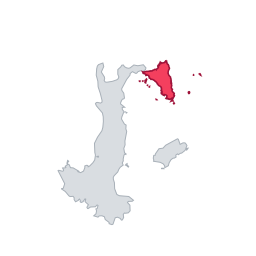 Sicilia, Enna, Italy (highlighted), rotated 231°
{"feature_id": "23120603B91569774900330", "entity_name": "Sicilia", "entity_type": "district", "adm_level": 2, "iso_a3": "ITA", "parent_name": "Italy", "parent_adm1": "Enna", "projection": "albers", "projection_center": [13.963, 37.152], "detail": "fine", "context": "in_parent", "style": "filled", "palette": "rose", "viewbox_px": 256, "rotation_deg": 231, "n_neighbors": 0, "source": "geoboundaries", "source_scale": "gbopen_adm2", "svg_char_len": 8647}
<svg xmlns="http://www.w3.org/2000/svg" viewBox="0 0 256 256"><g transform="rotate(231 128 128)"><path d="M65.5,53.1L66.6,53.9L71.2,52.7L73.9,53.8L76.2,52.5L77.8,50.3L77.6,48.6L81.3,46.1L81.5,49.2L83.4,51.4L85.3,52.1L84.8,53.3L86.6,55.9L87.4,55.7L87.7,55.3L87.3,53.1L90.2,49.1L90.5,46.2L91.0,45.9L92.3,46.2L93.3,48.9L97.8,48.3L99.3,50.4L100.0,50.0L99.0,46.5L99.6,44.7L100.8,44.4L101.6,45.3L103.3,45.6L103.4,44.5L103.0,43.8L103.7,40.8L106.3,41.1L107.7,42.3L109.5,42.3L111.1,39.9L112.3,39.4L118.1,39.3L122.4,38.0L122.7,38.3L121.9,39.4L122.2,40.2L124.6,43.8L138.9,46.8L138.7,47.6L135.6,49.9L135.4,50.7L135.8,51.5L138.1,52.0L136.5,54.2L136.5,55.0L137.8,55.1L137.6,57.7L139.1,58.4L140.8,60.7L139.1,61.1L139.8,60.5L138.1,58.3L136.3,59.2L133.4,58.3L131.5,60.3L124.8,62.8L126.0,61.7L125.5,61.6L123.1,63.1L122.5,66.3L124.3,69.4L125.7,70.6L125.0,72.5L124.1,73.2L122.9,72.6L122.6,74.3L123.1,78.9L124.1,82.0L127.4,85.6L129.8,86.8L137.2,92.3L140.0,98.4L142.3,106.0L144.3,108.8L148.5,112.9L152.3,115.8L155.8,117.6L165.1,117.4L167.4,118.0L167.7,119.3L167.3,120.2L164.6,122.4L164.5,124.1L165.8,125.2L172.2,128.2L178.8,130.7L183.3,134.0L189.1,136.6L193.7,140.9L195.4,143.1L195.8,144.9L194.8,148.1L194.3,149.4L191.0,147.8L188.3,142.5L182.6,141.8L181.0,140.9L180.0,139.4L178.2,139.2L177.0,140.2L174.1,145.2L172.5,149.6L172.5,151.4L173.4,153.0L176.2,153.9L179.8,156.9L180.0,160.7L180.7,162.8L179.8,164.1L178.0,163.8L175.7,164.7L174.0,166.1L173.4,167.5L173.3,172.2L170.2,174.8L167.5,179.7L163.4,179.8L162.4,178.3L162.4,176.1L163.1,174.8L164.5,174.1L165.5,171.3L165.1,169.2L165.7,168.3L169.0,166.9L169.0,164.0L167.8,162.8L166.6,157.6L162.5,147.8L161.2,146.9L157.7,146.6L153.5,144.1L153.3,143.0L153.9,141.9L153.5,140.5L152.2,138.0L151.3,137.4L146.2,138.5L147.7,136.5L145.9,135.2L142.7,135.2L142.8,134.3L140.5,130.2L139.1,128.6L133.3,127.7L131.5,128.4L128.7,125.8L126.1,124.8L119.8,117.4L116.7,115.1L114.8,111.9L110.9,109.7L109.1,110.2L108.7,109.7L109.6,109.1L109.5,107.9L106.9,104.7L105.4,103.6L104.4,101.5L102.2,100.9L102.4,97.3L101.6,94.7L100.3,92.4L99.6,87.1L99.0,85.6L97.5,84.4L94.0,83.0L89.2,79.4L83.4,77.5L80.9,78.6L74.3,85.5L68.4,86.8L68.4,85.2L70.8,82.0L70.4,80.7L66.8,80.9L62.3,77.5L61.9,74.8L63.4,72.3L64.2,71.7L63.9,70.0L61.2,68.3L60.2,66.0L60.2,65.2L61.0,64.9L62.6,65.1L65.3,63.7L66.3,61.6L62.7,55.8L63.0,54.7L65.5,53.1ZM125.0,87.1L125.3,85.7L124.0,86.5L124.4,87.2L125.0,87.1ZM162.2,174.7L157.4,182.3L155.8,187.4L156.1,189.3L157.5,190.7L156.8,191.3L158.4,193.7L158.4,194.3L156.2,197.1L156.1,199.4L151.9,199.1L148.5,197.8L146.8,195.1L145.5,193.9L144.0,193.0L141.0,193.1L139.7,192.5L131.9,187.1L128.9,185.7L125.4,185.3L124.0,184.1L122.9,181.7L124.4,178.1L126.7,176.1L128.7,178.4L130.5,177.7L130.6,176.9L131.9,176.0L133.5,176.0L139.6,179.3L142.8,178.4L145.8,178.8L148.4,178.3L151.9,176.4L155.9,176.6L160.6,174.3L162.2,174.7ZM90.6,132.9L92.4,139.0L90.3,142.5L90.9,146.4L88.5,159.6L87.6,160.0L82.5,158.2L81.9,161.2L81.1,162.4L80.1,163.1L77.3,162.8L74.7,158.3L74.7,154.0L75.4,152.7L75.6,150.3L76.7,150.2L76.9,148.5L76.3,147.6L75.2,147.2L75.4,145.3L76.2,143.9L76.3,141.4L75.1,138.1L73.3,135.6L74.0,131.6L75.6,132.7L78.0,132.8L81.1,131.4L86.1,126.9L86.7,127.8L88.7,128.7L90.5,130.8L89.7,132.1L90.6,132.9ZM100.7,102.6L101.1,103.6L100.9,104.9L100.0,104.1L97.6,104.3L97.4,103.6L100.3,103.1L100.7,102.6ZM75.3,160.5L74.5,162.0L73.9,159.9L74.0,159.6L75.3,160.5ZM75.6,128.7L74.4,130.3L73.8,130.2L75.3,128.4L75.6,128.7ZM117.9,198.2L116.5,197.8L116.5,197.1L117.6,197.2L117.9,198.2ZM141.8,136.3L140.6,136.8L140.7,136.0L141.8,136.3Z" fill="#d9dde1" stroke="#a8b0b8" stroke-width="1"/><path d="M157.8,190.7L157.2,190.0L156.9,190.1L157.0,190.2L156.9,190.0L156.7,190.0L156.3,189.7L155.9,189.7L155.7,188.9L155.7,187.1L155.8,186.9L155.7,186.8L155.8,186.8L155.8,187.0L155.8,186.8L155.8,186.7L156.1,186.4L156.4,186.1L156.4,185.9L156.8,185.6L156.7,184.7L157.0,184.3L157.0,184.0L157.3,183.5L157.1,183.1L157.2,182.7L158.0,181.7L157.9,181.6L158.3,181.2L158.2,181.1L158.3,180.8L158.8,180.3L158.8,180.1L160.6,177.7L161.0,176.6L161.5,175.8L161.4,175.8L161.5,175.2L162.4,174.7L161.9,174.6L161.1,174.2L160.8,174.2L159.8,175.1L158.0,175.7L157.4,175.5L157.5,175.6L157.5,175.4L157.6,175.1L157.4,174.7L157.2,174.7L157.4,174.8L157.4,175.1L157.1,176.0L156.6,176.6L155.7,177.1L155.2,176.9L155.2,176.7L155.3,176.7L155.0,176.6L154.1,176.6L153.8,176.2L153.4,176.0L153.1,176.3L151.9,176.6L151.4,176.4L150.6,177.4L150.1,177.8L149.9,177.9L149.4,178.1L149.1,178.1L148.7,178.4L148.0,178.5L147.5,178.4L146.8,178.8L146.4,178.7L145.8,178.9L144.3,178.8L144.0,178.6L143.8,178.8L143.0,178.7L142.6,178.5L142.7,178.4L142.1,178.6L141.6,178.6L140.2,179.3L139.1,179.5L138.6,179.4L138.6,179.2L138.8,179.2L138.6,179.2L137.9,179.1L136.9,178.4L136.5,178.0L136.6,177.9L136.5,177.7L136.5,177.4L136.2,177.2L136.1,177.4L135.4,177.5L134.7,177.3L134.4,177.0L134.5,176.9L134.5,177.0L134.5,176.9L134.6,176.6L134.4,176.2L134.0,175.9L134.0,175.7L133.8,175.5L133.4,175.7L133.3,175.9L132.9,175.8L132.9,176.0L132.3,176.4L132.0,176.3L131.9,176.1L131.3,176.0L130.9,176.3L131.0,176.5L130.8,176.7L130.8,176.8L130.6,176.8L130.8,177.1L130.9,177.6L129.6,178.4L128.7,178.6L128.4,178.5L128.3,178.2L128.2,178.2L127.6,177.7L127.4,177.2L127.4,176.8L127.1,176.5L127.1,176.1L126.7,176.2L126.7,176.8L126.4,177.2L125.8,177.2L125.8,177.5L125.6,177.7L125.1,177.9L124.6,177.8L124.0,178.6L123.7,178.6L124.1,178.7L123.8,178.7L123.9,179.0L123.7,179.1L123.7,179.6L123.2,180.3L123.6,180.9L123.3,181.3L123.3,181.6L123.0,181.9L122.8,182.0L122.9,182.3L122.9,182.1L123.2,182.4L123.4,182.9L123.3,183.3L123.3,183.5L123.7,184.0L123.9,184.2L124.5,184.2L124.7,184.3L124.7,184.5L124.8,184.5L124.7,184.4L124.8,184.3L124.7,184.4L124.8,184.4L125.1,184.6L125.3,185.1L125.8,185.8L127.2,185.5L128.1,185.5L129.2,185.6L129.7,186.1L130.1,186.9L130.8,186.7L130.9,186.8L131.9,186.9L133.0,188.0L133.2,188.5L133.5,188.5L133.8,188.9L134.2,189.0L134.6,189.4L134.8,189.4L135.1,189.9L135.4,190.1L135.6,190.0L135.8,190.2L136.2,190.1L136.4,190.3L136.3,190.2L136.4,190.3L136.4,190.1L136.5,190.2L137.0,190.5L137.5,191.0L137.8,191.1L138.0,191.6L138.8,192.0L139.1,192.3L140.0,192.4L140.7,193.1L141.3,193.1L141.5,193.3L141.4,193.2L141.5,193.2L141.5,193.3L141.6,193.1L141.9,193.0L143.1,192.9L144.2,193.2L145.1,193.6L145.5,193.7L145.6,193.8L145.4,194.1L145.6,193.8L145.9,194.1L147.0,195.3L147.5,196.1L147.5,196.3L147.8,196.7L148.0,197.5L148.4,197.9L149.1,198.1L150.1,198.3L151.0,199.0L151.6,199.0L152.0,199.2L152.4,199.0L152.6,199.0L152.7,198.9L153.4,198.8L154.2,199.4L154.6,199.3L154.8,199.2L155.1,199.3L155.3,199.5L155.4,199.9L155.6,199.9L155.7,200.1L156.2,199.8L156.2,199.7L156.4,199.8L156.5,199.5L156.3,199.2L156.2,198.5L155.9,198.0L155.9,197.7L156.1,197.4L156.0,197.1L156.1,196.9L156.4,196.6L156.6,195.9L156.9,195.7L157.0,195.4L157.3,195.2L158.0,194.9L157.9,194.8L158.0,194.8L158.0,194.7L158.4,194.3L158.6,194.5L158.9,194.5L158.5,193.9L158.3,194.0L158.1,193.9L158.0,193.7L158.3,193.5L158.4,193.3L158.3,192.9L157.9,192.9L158.0,192.7L157.9,192.8L157.6,192.7L157.4,192.5L157.4,192.3L157.5,192.2L157.7,192.3L157.6,192.1L157.4,192.2L157.2,192.2L157.1,191.9L157.3,191.8L157.1,191.9L157.0,191.5L156.9,191.2L157.1,191.0L156.9,190.9L157.1,190.9L157.3,190.7L157.4,190.8L157.3,191.1L157.4,190.8L157.5,190.7L157.8,190.9L157.8,190.7ZM116.7,196.9L116.4,197.0L116.3,197.5L116.6,197.8L116.7,198.0L116.9,198.0L117.0,198.4L117.3,198.5L117.6,198.5L117.8,198.3L117.9,197.9L117.9,197.5L117.4,197.1L116.7,196.9ZM153.9,170.8L153.4,170.9L153.2,171.4L153.4,171.7L153.6,171.8L153.7,172.1L153.9,172.1L154.0,171.9L153.9,171.6L154.2,171.4L153.9,170.8ZM152.8,169.9L152.1,169.9L151.9,170.2L152.6,170.6L152.9,170.6L152.8,170.4L152.9,170.2L152.8,169.9ZM154.0,172.2L153.9,172.4L153.7,172.4L153.8,172.5L153.7,172.7L153.8,173.0L154.2,173.2L154.5,173.2L154.4,172.8L154.2,172.6L154.1,172.3L154.0,172.2ZM121.4,179.6L120.9,179.8L121.1,180.2L121.8,180.1L121.9,180.4L122.1,180.3L122.1,180.0L121.9,179.9L121.6,180.0L121.4,179.6ZM123.6,217.5L123.4,217.6L124.1,217.7L124.4,218.0L124.5,217.9L124.5,218.0L124.9,218.0L124.9,217.9L124.7,217.9L124.9,217.7L123.6,217.5ZM157.1,166.3L156.7,166.5L156.8,166.8L157.0,166.9L157.3,166.4L157.1,166.3ZM118.4,178.9L118.0,178.9L118.2,179.3L118.1,179.5L118.7,179.6L118.4,179.2L118.4,178.9ZM149.0,169.9L148.8,170.0L149.0,170.3L149.5,170.3L149.3,170.2L149.0,169.9ZM132.2,167.8L131.9,168.2L132.1,168.2L132.5,167.9L132.2,167.8ZM123.2,180.4L122.9,180.6L123.1,181.3L123.2,180.9L123.1,180.6L123.2,180.4ZM121.7,178.5L121.6,178.9L121.7,179.1L121.9,179.1L121.7,178.5ZM128.0,212.1L127.8,212.1L127.7,212.2L127.8,212.4L128.1,212.4L128.0,212.1ZM146.6,170.4L146.4,170.5L146.6,170.7L146.6,170.4ZM155.3,168.9L155.1,168.9L155.1,169.2L155.3,169.1L155.3,168.9Z" fill="#f43f5e" stroke="#9f1239" stroke-width="1.5"/></g></svg>